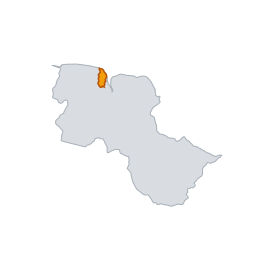 II-2 Somerset And Berks, Pomeroon-Supenaam, Guyana (highlighted), rotated 326°
{"feature_id": "73187651B32807906119363", "entity_name": "II-2 Somerset And Berks", "entity_type": "district", "adm_level": 2, "iso_a3": "GUY", "parent_name": "Guyana", "parent_adm1": "Pomeroon-Supenaam", "projection": "mercator", "projection_center": [-58.72, 7.1], "detail": "fine", "context": "in_parent", "style": "filled", "palette": "amber", "viewbox_px": 256, "rotation_deg": 326, "n_neighbors": 0, "source": "geoboundaries", "source_scale": "gbopen_adm2", "svg_char_len": 5171}
<svg xmlns="http://www.w3.org/2000/svg" viewBox="0 0 256 256"><g transform="rotate(326 128 128)"><path d="M82.1,119.9L76.7,113.9L71.3,107.9L66.0,101.9L65.6,101.1L67.9,98.3L69.8,96.2L71.5,95.1L72.3,94.1L71.7,89.7L71.7,88.1L70.9,86.4L70.4,84.5L71.1,82.9L71.9,81.8L72.9,81.3L75.4,81.0L77.1,80.8L77.8,80.2L78.8,79.4L80.1,79.4L82.7,79.9L83.9,78.9L86.1,77.6L90.9,75.4L92.0,73.9L92.8,71.6L92.7,70.5L92.2,70.1L91.0,69.7L89.2,69.7L87.7,70.3L86.2,70.0L84.9,68.5L84.8,67.4L85.6,65.7L85.1,64.6L82.7,61.2L82.7,60.2L84.5,58.7L85.5,57.3L86.8,54.2L87.9,53.1L91.3,52.7L92.2,52.1L93.9,50.4L96.4,48.5L100.2,46.9L101.2,44.2L101.9,43.4L104.8,41.9L105.3,41.1L105.3,40.5L100.5,34.2L101.5,34.6L105.1,38.7L107.2,39.6L107.6,39.6L107.6,38.6L109.5,39.0L114.3,41.8L121.3,46.4L131.2,55.1L134.0,58.4L135.9,60.0L138.8,63.8L139.7,65.6L139.6,73.0L137.0,78.0L136.4,81.7L136.2,86.7L134.7,89.5L136.7,88.0L137.3,83.5L139.0,80.8L141.3,77.8L144.2,77.0L147.4,78.3L150.0,78.5L152.3,79.4L157.1,84.2L161.8,88.0L163.5,91.1L168.5,92.6L171.4,95.0L172.4,97.1L173.0,102.5L172.0,110.7L172.3,111.1L170.9,112.7L170.7,113.7L169.8,115.5L169.1,116.5L170.1,118.8L171.3,118.9L171.7,119.2L172.0,119.6L171.9,120.1L171.5,120.5L170.4,121.1L169.4,122.4L169.5,123.8L168.8,124.6L166.8,125.0L162.7,125.0L160.7,125.1L159.2,125.3L158.1,126.2L156.8,126.9L155.8,127.0L154.8,128.1L153.9,129.7L154.2,130.7L155.2,132.1L155.7,133.5L155.0,135.9L154.2,137.7L153.7,139.0L153.1,141.7L151.5,144.5L150.4,146.2L150.4,148.0L151.0,150.5L154.2,154.2L155.2,156.0L156.1,158.8L158.9,161.1L160.7,162.9L160.6,165.3L160.8,166.0L161.9,166.6L163.3,167.1L164.8,167.0L166.1,166.8L166.4,166.5L169.5,166.4L169.9,167.0L170.0,170.5L170.2,171.9L170.9,172.4L171.3,173.3L171.4,174.0L171.5,176.0L172.0,177.0L171.9,179.0L172.2,179.8L173.1,180.3L174.2,181.8L174.6,181.9L174.8,182.5L175.7,184.5L176.2,185.2L176.5,185.3L176.6,186.0L177.3,187.9L177.8,188.4L178.6,189.9L179.0,191.4L180.1,193.2L181.3,194.4L181.8,195.7L183.3,198.6L184.7,200.6L186.7,201.1L188.3,201.4L189.4,202.1L190.4,203.0L189.3,203.3L188.3,203.8L187.0,203.4L185.1,203.7L183.2,204.2L181.4,204.5L178.0,203.6L177.0,203.5L176.3,203.1L174.9,201.3L174.2,201.1L172.4,202.0L170.2,202.5L169.2,202.4L167.9,203.0L166.7,203.8L164.5,207.2L163.4,208.4L162.1,209.0L159.6,209.0L157.0,209.1L155.0,209.9L153.2,210.4L152.2,210.4L151.9,212.3L151.5,213.2L150.9,213.7L149.5,213.8L148.2,213.8L147.4,213.0L146.0,212.6L144.7,212.3L143.8,211.9L143.2,212.0L142.6,212.8L142.1,213.4L141.8,214.7L139.8,215.1L138.9,215.8L139.4,218.1L139.2,219.0L138.8,219.7L136.4,219.8L134.4,219.8L133.2,220.6L131.8,221.6L130.9,221.8L129.9,221.7L128.5,220.6L127.2,219.2L123.8,218.2L120.5,217.3L118.3,215.1L117.8,214.0L116.8,213.5L114.2,210.8L112.8,209.1L111.2,208.7L109.4,207.9L109.5,206.7L109.4,205.5L108.6,205.0L107.6,204.7L107.2,204.0L107.3,202.4L107.5,198.4L107.2,194.5L104.8,193.2L103.8,192.2L102.0,186.5L101.1,183.9L101.1,182.0L101.7,176.3L102.4,173.8L104.2,168.8L105.3,167.1L105.3,165.9L105.2,164.3L104.7,161.1L107.8,159.1L109.1,158.2L109.4,156.9L111.0,155.2L111.8,153.5L112.4,152.3L112.2,151.6L111.5,151.2L110.6,150.0L108.8,146.5L108.2,145.8L107.6,144.8L107.9,143.2L108.6,141.6L108.5,140.9L107.4,140.0L105.2,138.4L103.4,138.3L101.9,137.8L99.8,137.7L98.2,137.5L97.2,137.0L97.4,136.1L97.8,135.3L99.2,133.6L100.2,131.7L100.3,129.9L100.6,127.4L101.0,125.3L101.2,123.0L99.0,121.4L98.3,120.1L97.4,119.0L96.4,119.0L94.8,118.5L92.5,120.0L90.6,119.7L89.3,120.3L86.3,120.2L84.4,119.4L82.1,119.9Z" fill="#d9dde1" stroke="#a8b0b8" stroke-width="1"/><path d="M138.7,73.9L139.7,72.1L139.8,71.5L139.9,71.0L140.0,70.8L139.9,69.9L139.6,69.1L139.6,68.9L139.6,68.7L139.6,68.4L139.7,67.8L139.9,67.1L139.9,66.5L139.9,66.3L139.8,65.3L139.7,65.0L139.5,64.6L138.8,63.9L138.3,63.4L138.1,63.1L137.7,62.4L137.4,62.7L137.2,62.9L137.1,63.1L136.9,63.4L136.8,63.7L136.8,63.9L136.9,64.2L136.9,64.4L136.8,64.6L136.8,64.8L136.8,65.1L136.6,65.3L136.5,65.5L136.4,65.8L136.2,66.1L136.0,66.4L135.8,66.5L135.6,66.6L135.4,66.7L135.2,66.8L134.7,66.7L134.5,66.8L134.2,66.8L133.9,66.9L133.6,67.0L133.3,67.5L133.1,67.7L132.9,67.9L132.8,68.0L132.8,68.3L132.8,68.5L132.9,68.8L132.8,69.1L132.7,69.4L132.5,69.5L132.2,69.7L132.0,69.8L131.7,69.9L131.4,70.0L131.2,70.2L131.1,70.4L131.0,70.6L130.9,70.8L130.8,71.1L130.7,71.3L130.6,71.6L130.6,71.8L130.5,72.2L130.4,72.4L130.2,72.6L130.0,72.8L129.8,73.0L129.5,73.1L129.3,73.2L129.1,73.3L128.6,73.6L128.5,73.8L128.3,73.9L128.2,74.1L128.0,74.3L127.9,74.6L127.9,74.9L127.9,75.2L127.8,75.5L127.8,75.8L127.8,76.1L127.7,76.3L127.6,76.5L127.7,76.8L127.7,77.0L127.8,77.5L127.7,77.8L127.7,78.1L127.8,78.4L127.9,78.6L128.0,78.9L128.2,79.0L128.4,79.2L128.7,79.2L128.9,79.3L129.2,79.3L129.5,79.1L129.9,79.0L130.1,79.0L130.3,79.2L130.2,79.4L130.1,79.7L130.3,79.9L130.6,79.9L130.8,80.0L131.0,80.3L131.0,80.1L131.4,79.9L131.6,79.8L131.8,79.8L132.1,79.6L132.3,79.5L132.5,79.3L132.8,79.2L133.0,79.1L133.1,78.9L133.3,78.6L133.4,78.4L133.4,78.2L133.5,78.0L133.5,77.7L133.8,77.3L134.0,77.1L134.5,77.0L135.0,77.1L135.5,77.0L135.7,76.9L135.8,76.7L135.9,76.4L135.9,76.1L136.0,75.8L136.0,75.6L136.0,75.4L136.4,75.1L136.6,75.0L136.8,74.9L137.1,74.7L137.4,74.5L137.7,74.4L137.9,74.3L138.1,74.2L138.3,74.1L138.7,73.9Z" fill="#f59e0b" stroke="#b45309" stroke-width="1.5"/></g></svg>